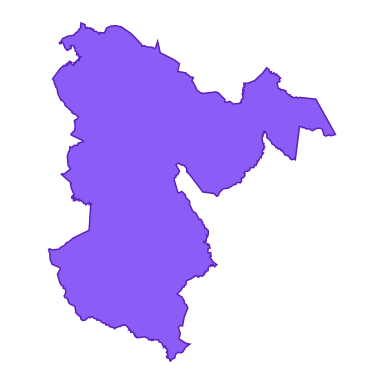 Na Klang, Nong Bua Lam Phu, Thailand (orthographic projection)
{"feature_id": "78962969B44929961465938", "entity_name": "Na Klang", "entity_type": "district", "adm_level": 2, "iso_a3": "THA", "parent_name": "Thailand", "parent_adm1": "Nong Bua Lam Phu", "projection": "orthographic", "projection_center": [102.242, 17.313], "detail": "fine", "context": "isolated", "style": "filled", "palette": "violet", "viewbox_px": 384, "rotation_deg": 0, "n_neighbors": 0, "source": "geoboundaries", "source_scale": "gbopen_adm2", "svg_char_len": 5796}
<svg xmlns="http://www.w3.org/2000/svg" viewBox="0 0 384 384"><path d="M315.8,99.1L299.2,97.4L298.0,98.2L296.3,97.0L293.9,98.0L292.0,96.5L290.8,96.7L290.0,94.8L288.6,94.9L286.1,92.6L285.8,90.7L284.3,90.9L284.1,90.1L281.7,89.6L280.7,90.3L279.9,88.6L278.3,88.4L277.0,82.9L280.0,81.5L279.3,79.1L280.6,78.2L277.7,75.4L276.1,74.9L276.4,74.1L274.4,74.2L274.0,72.8L271.8,73.7L271.1,73.1L271.4,71.7L269.6,72.1L269.0,69.5L266.7,67.7L262.7,73.1L254.6,80.6L248.0,83.2L243.8,83.2L244.1,85.7L245.0,85.3L245.0,86.1L243.0,88.0L243.8,90.0L243.1,89.5L242.6,90.0L243.1,92.6L242.3,93.8L243.3,93.8L242.6,95.6L243.5,98.0L241.5,99.3L241.3,102.4L240.7,101.8L239.7,103.4L233.4,104.0L229.8,101.4L226.1,102.3L224.5,101.9L225.0,99.6L218.1,92.7L215.9,91.9L203.5,93.4L200.5,92.8L197.1,90.2L193.2,82.2L191.8,81.2L193.4,77.5L190.1,76.8L187.9,74.4L186.2,74.3L185.8,72.8L177.7,71.5L179.4,63.6L174.3,59.9L160.2,52.7L157.7,41.3L155.7,47.4L154.5,48.6L152.1,47.2L146.8,46.9L144.3,45.6L141.8,46.0L141.3,44.2L131.4,33.8L121.4,26.9L115.3,25.6L110.6,26.2L106.8,27.8L104.4,32.9L99.8,32.5L99.4,33.9L96.5,31.5L93.5,31.0L93.6,29.3L91.5,29.4L91.6,28.5L90.5,27.9L89.2,28.4L87.7,27.5L86.0,28.4L84.8,24.5L80.9,23.0L80.5,28.0L78.6,29.8L77.9,31.8L76.2,32.3L73.7,35.3L68.0,36.1L62.7,38.5L60.6,42.1L59.3,42.9L59.7,43.7L61.0,43.7L62.1,42.3L63.2,43.0L65.0,47.9L66.5,49.7L67.6,49.6L67.1,50.9L68.8,49.3L70.9,48.8L71.3,46.3L70.5,46.3L70.6,45.7L73.6,45.6L74.3,48.0L75.0,47.8L75.2,50.8L76.8,52.4L76.6,54.7L78.0,54.1L78.3,56.0L80.9,56.9L78.8,58.1L78.8,58.9L79.5,58.6L79.0,60.5L77.7,59.9L75.5,61.8L76.0,62.6L73.6,62.9L74.5,63.7L73.8,65.3L71.4,63.9L71.3,62.4L70.3,63.0L70.5,61.9L69.6,61.2L67.0,64.0L65.9,63.7L67.4,64.6L66.5,64.9L66.9,65.3L65.4,65.9L64.2,65.2L60.3,68.5L52.6,78.9L54.4,81.7L54.3,83.7L55.5,84.6L55.5,86.8L56.9,88.0L57.9,93.7L60.9,100.0L62.7,100.9L64.9,103.6L65.0,105.3L72.3,111.9L71.9,112.5L73.7,114.0L75.2,114.1L78.3,116.9L77.4,118.8L74.3,120.5L75.2,125.4L74.8,130.2L71.1,134.0L71.2,135.0L82.7,140.5L83.4,141.6L78.1,143.2L77.3,145.4L74.3,145.3L71.7,147.5L70.0,146.7L69.4,151.2L68.5,151.9L67.3,156.7L68.2,165.6L70.5,169.0L64.3,173.9L62.0,173.7L61.4,174.4L71.4,183.1L70.5,183.7L71.2,187.9L74.1,194.7L73.7,195.8L72.8,195.4L71.9,196.4L71.8,198.1L73.2,198.0L73.6,197.0L74.1,198.5L73.2,199.0L74.4,200.3L73.8,200.7L74.6,200.9L75.5,199.4L76.2,199.8L76.0,198.7L77.1,199.9L79.1,199.2L79.0,200.9L81.3,200.3L82.0,201.7L83.4,201.9L83.6,203.3L85.9,203.9L86.0,204.7L86.9,203.7L89.6,203.7L89.5,202.7L90.6,203.6L89.9,204.5L91.5,204.2L90.7,205.7L89.1,230.2L73.0,238.2L68.2,242.3L66.5,242.6L64.6,245.3L60.4,247.5L59.5,249.1L52.4,249.9L49.3,248.8L48.5,250.2L49.8,253.0L50.1,259.4L52.0,264.2L60.2,267.9L60.1,269.5L57.4,274.2L59.9,282.7L61.3,285.1L63.4,286.5L63.2,288.4L64.9,288.4L65.6,289.9L65.6,293.5L64.1,295.9L64.8,297.3L67.4,298.6L68.8,302.7L70.3,304.2L74.9,306.3L75.9,312.8L78.9,315.9L80.6,316.5L80.9,319.0L82.2,320.3L83.9,320.4L85.6,320.0L88.5,317.0L90.0,317.8L91.9,316.5L94.2,318.4L97.0,319.1L97.0,320.2L99.3,320.0L102.6,322.9L105.4,323.5L106.1,325.2L108.7,324.7L109.4,326.6L114.0,327.7L114.3,328.7L118.6,326.5L120.3,326.6L122.8,324.8L124.1,325.5L125.6,324.9L129.5,329.2L128.7,330.0L130.6,330.4L130.7,332.4L132.8,332.2L133.9,333.1L133.8,334.0L135.4,335.2L134.7,335.8L136.3,337.4L136.5,336.7L138.0,337.7L144.5,336.8L147.4,337.9L148.9,339.9L150.3,339.5L151.4,340.5L152.8,340.3L152.4,339.6L158.6,339.9L159.0,341.8L161.6,342.7L163.0,346.0L163.9,346.4L163.7,347.4L165.4,346.3L165.8,348.5L167.3,349.1L167.6,351.6L166.7,351.6L166.4,352.5L167.3,352.6L167.9,356.1L166.7,356.2L166.6,357.5L169.8,359.0L169.8,360.7L170.8,361.0L171.9,359.1L174.6,358.2L175.5,354.7L176.8,353.1L178.3,352.3L181.3,352.8L183.0,351.7L185.5,347.4L189.9,344.1L186.1,343.4L179.0,338.8L180.3,333.6L178.3,327.3L180.4,325.3L182.5,326.0L184.2,317.0L187.8,307.9L186.3,304.6L184.2,303.3L184.4,301.2L182.0,297.1L177.1,294.0L181.5,289.6L182.7,287.1L184.2,286.9L184.3,285.6L185.9,284.7L186.4,280.6L190.6,279.1L195.8,275.6L198.5,277.3L199.8,275.8L202.2,276.2L204.4,274.6L204.2,273.4L205.8,272.2L205.3,271.4L208.0,270.7L208.4,267.0L210.5,265.2L211.4,264.9L211.3,265.6L212.0,264.8L212.6,265.9L213.4,265.1L214.6,266.7L216.9,264.7L213.2,262.1L209.9,257.1L210.3,255.9L211.1,256.2L210.6,252.6L208.5,253.1L207.9,252.2L208.0,248.7L210.0,248.1L209.1,244.6L208.5,244.2L207.7,245.0L207.4,243.8L204.3,242.5L205.2,241.9L204.5,241.4L206.1,241.2L206.5,237.7L207.6,236.8L206.9,235.6L207.6,236.0L208.3,234.4L208.2,230.4L205.7,228.1L204.8,228.4L204.2,225.2L202.5,223.9L202.9,222.9L201.5,220.1L200.1,219.0L199.0,219.3L196.1,213.4L192.7,211.1L189.5,204.1L189.8,201.3L186.0,197.8L185.1,194.6L181.8,191.4L179.1,192.8L177.8,192.3L174.1,179.6L174.8,177.5L176.0,177.0L175.9,175.6L177.9,174.5L179.5,171.1L175.9,164.7L178.2,163.1L182.0,165.2L184.0,165.3L186.7,168.5L186.7,171.9L189.3,174.1L202.9,192.0L214.0,193.5L216.7,196.3L218.3,195.6L219.1,193.1L222.8,188.9L228.6,188.0L234.8,184.1L235.6,184.6L237.2,182.3L240.4,182.8L241.5,181.2L241.3,178.0L243.1,177.8L244.8,176.0L245.0,173.8L244.2,173.0L245.1,171.4L247.8,171.2L249.9,169.8L250.3,167.8L253.7,167.5L254.8,165.1L256.1,165.3L257.6,161.7L257.1,161.0L258.4,161.0L259.8,158.0L260.7,157.1L261.3,157.5L261.6,155.0L263.0,153.9L262.3,153.0L263.1,152.7L262.0,152.0L263.1,149.3L263.9,149.4L263.8,147.1L264.7,146.9L263.4,144.8L264.0,143.8L262.8,143.0L262.0,138.0L263.1,135.9L262.4,135.7L262.7,134.7L264.2,132.9L263.5,132.0L264.7,131.2L267.1,135.0L266.6,137.1L271.1,141.5L272.0,143.9L275.0,145.6L276.0,147.6L277.5,147.6L278.2,149.1L280.4,149.0L281.2,150.8L282.3,150.6L285.0,155.0L288.9,156.1L290.0,158.7L292.4,159.8L294.2,158.8L295.3,159.7L299.5,126.5L301.7,126.8L302.6,127.8L303.9,127.3L306.1,128.9L309.2,128.8L312.2,130.8L317.0,128.2L320.7,128.3L322.3,129.3L324.0,134.9L325.6,136.1L329.1,134.9L330.7,135.8L335.5,134.5L315.8,99.1Z" fill="#8b5cf6" stroke="#5b21b6" stroke-width="1.5"/></svg>